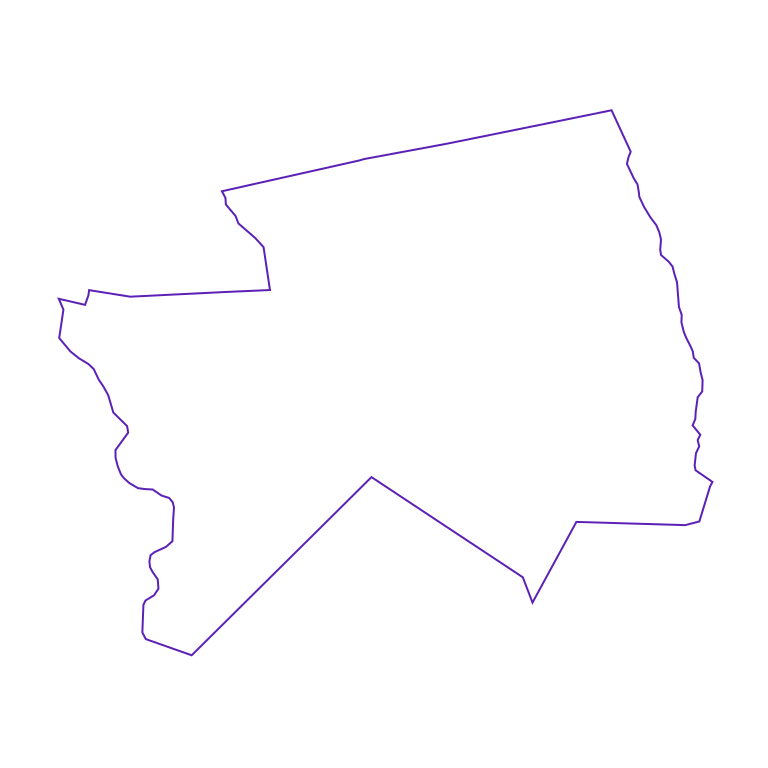 the district of Campo Grande, Rio Grande do Norte, Brazil, rotated 86°
{"feature_id": "56859067B93277354074556", "entity_name": "Campo Grande", "entity_type": "district", "adm_level": 2, "iso_a3": "BRA", "parent_name": "Brazil", "parent_adm1": "Rio Grande do Norte", "projection": "mercator", "projection_center": [-37.314, -5.897], "detail": "fine", "context": "isolated", "style": "outline", "palette": "violet", "viewbox_px": 768, "rotation_deg": 86, "n_neighbors": 0, "source": "geoboundaries", "source_scale": "gbopen_adm2", "svg_char_len": 1462}
<svg xmlns="http://www.w3.org/2000/svg" viewBox="0 0 768 768"><g transform="rotate(86 384 384)"><path d="M543.1,79.0L509.0,65.9L504.6,63.2L491.8,79.2L486.9,79.8L474.8,77.6L468.2,73.9L461.8,75.0L456.7,72.0L446.8,79.0L440.7,75.9L433.5,75.0L419.1,72.0L413.7,67.1L402.3,65.9L394.7,67.3L385.4,68.3L379.4,73.2L373.0,73.7L367.7,75.6L359.0,79.3L353.0,81.3L343.2,83.0L335.8,82.2L327.8,84.4L303.0,84.6L294.5,86.6L286.9,88.0L281.8,91.5L274.7,98.6L269.5,99.1L259.1,97.6L251.8,98.8L244.5,101.3L236.4,106.6L225.5,112.2L215.3,116.2L210.5,116.4L202.5,117.2L196.5,120.4L181.4,126.3L175.1,124.4L169.5,121.7L126.8,137.9L138.4,225.8L148.7,304.7L158.2,388.1L159.3,393.2L180.4,532.2L187.3,529.2L193.9,529.2L206.0,520.4L213.7,518.0L229.5,502.2L239.1,494.6L282.3,491.2L281.1,538.2L279.2,631.1L269.8,671.6L275.0,672.7L284.2,676.7L276.3,702.5L287.4,698.6L315.5,704.8L329.7,694.5L337.1,686.5L343.5,677.4L348.9,672.5L359.9,668.2L366.7,664.2L375.9,659.9L393.6,656.0L408.1,643.2L414.7,642.6L431.2,656.5L439.0,656.9L447.3,655.4L455.7,652.7L459.7,650.1L465.2,644.8L470.7,636.7L472.1,630.1L473.1,622.1L479.7,613.8L482.7,606.3L487.1,603.1L492.5,602.1L504.8,603.8L526.0,606.0L531.3,612.9L535.7,624.6L538.5,628.8L544.6,630.4L550.3,630.2L555.3,628.0L563.2,623.3L572.5,623.3L578.8,628.2L583.3,637.0L587.5,639.4L615.0,642.4L621.9,639.4L641.2,594.8L521.2,455.4L476.0,403.0L530.2,332.4L586.5,259.0L612.4,251.1L535.0,201.7L545.8,93.4L543.1,79.0Z" fill="none" stroke="#5b21b6" stroke-width="2"/></g></svg>